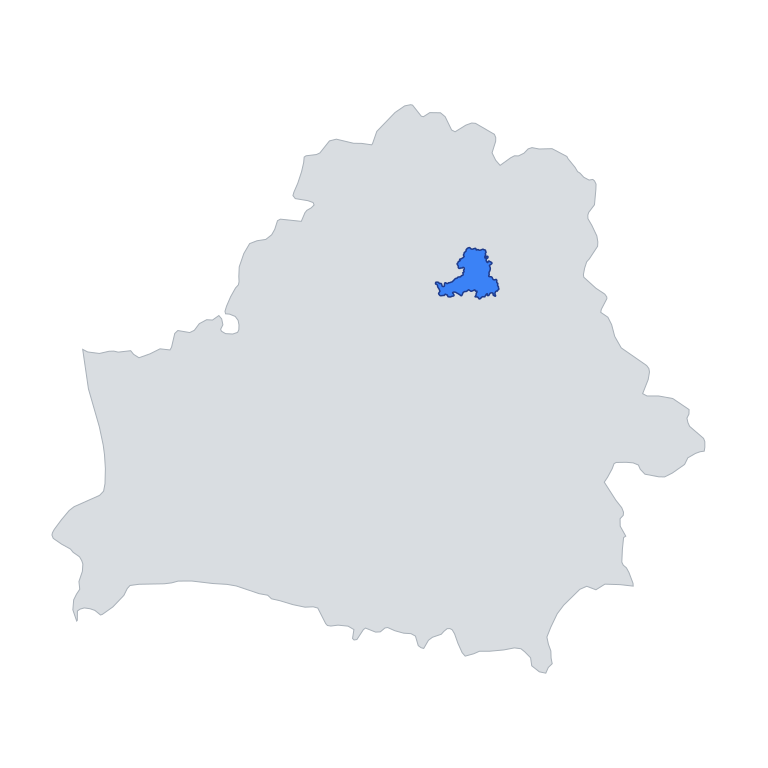 Chashniki, Vitebsk, Belarus (highlighted), rotated 3°
{"feature_id": "67162791B63587233546026", "entity_name": "Chashniki", "entity_type": "district", "adm_level": 2, "iso_a3": "BLR", "parent_name": "Belarus", "parent_adm1": "Vitebsk", "projection": "mercator", "projection_center": [29.143, 54.768], "detail": "fine", "context": "in_parent", "style": "filled", "palette": "blue", "viewbox_px": 768, "rotation_deg": 3, "n_neighbors": 0, "source": "geoboundaries", "source_scale": "gbopen_adm2", "svg_char_len": 9707}
<svg xmlns="http://www.w3.org/2000/svg" viewBox="0 0 768 768"><g transform="rotate(3 384 384)"><path d="M643.4,572.8L630.5,572.0L615.1,572.3L606.4,578.4L597.0,575.4L590.3,578.8L575.0,595.5L569.0,604.4L563.3,618.1L559.9,628.2L561.8,635.3L564.6,641.9L565.2,649.0L566.6,654.5L562.9,658.5L560.7,664.3L554.2,663.3L546.3,657.7L544.7,649.7L538.6,644.1L534.6,641.2L528.0,640.7L517.5,643.3L503.7,645.3L493.3,645.9L487.7,648.7L479.3,651.5L476.1,648.2L471.4,639.1L467.6,629.9L465.0,625.9L462.7,624.8L459.9,625.0L456.7,627.9L454.3,630.9L445.6,634.4L441.8,637.6L437.5,646.0L434.8,645.4L431.9,643.5L428.6,634.1L424.0,631.9L416.7,631.8L407.7,629.8L400.4,627.0L397.7,627.6L393.3,631.7L388.6,632.2L378.3,628.7L376.3,630.3L370.3,640.6L367.5,641.2L365.9,639.8L366.8,630.8L360.8,627.7L350.7,627.2L343.6,628.5L340.1,628.1L338.3,626.3L329.6,611.2L325.0,610.2L316.8,611.0L304.6,609.1L290.6,605.7L282.9,604.4L278.9,601.0L270.2,599.9L247.0,593.4L237.6,592.3L223.6,592.2L202.3,590.8L188.7,591.6L182.4,593.7L175.1,595.0L149.9,596.8L140.9,598.5L138.3,601.7L135.3,608.7L124.9,620.8L114.8,628.8L113.0,629.5L107.1,625.2L102.2,623.8L96.4,623.3L92.3,624.7L89.7,626.7L90.1,636.0L89.5,636.8L85.1,625.8L85.4,615.8L87.9,610.0L90.9,604.9L89.7,597.2L92.6,586.9L92.7,579.5L91.4,576.2L89.0,572.5L82.4,568.4L79.5,565.2L70.6,560.9L61.8,555.5L60.3,552.2L60.7,549.9L62.3,546.5L69.0,536.4L76.3,526.7L81.0,522.7L105.8,510.1L109.6,505.7L110.6,498.2L110.2,483.1L108.6,469.3L106.8,459.7L102.0,441.7L89.1,404.3L81.3,365.2L86.4,367.5L98.2,368.4L107.7,365.7L112.5,365.3L116.9,366.1L129.3,364.0L132.4,367.5L137.9,370.6L148.8,366.1L158.5,360.6L168.5,361.2L169.9,358.4L172.4,344.5L175.3,341.4L187.3,342.8L191.8,340.3L196.4,333.4L203.5,329.1L209.4,329.1L215.5,324.3L218.5,327.5L220.0,333.3L218.0,337.9L218.9,339.8L223.1,342.0L230.4,342.0L235.1,340.1L236.2,337.4L236.1,332.6L235.0,328.1L231.9,324.3L226.1,322.3L222.1,322.2L221.4,319.7L222.7,314.5L226.3,304.8L230.7,295.9L233.4,292.6L233.9,289.5L233.4,284.2L233.3,274.6L237.2,261.0L242.5,250.8L249.7,247.6L258.4,245.8L264.0,240.9L266.8,235.3L269.1,226.5L271.9,224.8L292.9,225.9L296.1,217.1L297.9,214.6L302.0,212.0L304.8,208.9L303.7,206.5L298.4,204.9L285.7,203.5L283.2,200.6L284.0,197.1L287.4,188.0L290.6,176.2L292.2,167.0L292.4,161.6L294.2,160.2L304.5,158.4L307.9,156.6L316.8,144.1L323.6,142.0L341.0,145.2L349.0,144.9L359.2,145.8L360.0,144.5L363.6,132.1L380.9,112.2L390.1,105.2L395.9,103.7L397.9,104.0L407.2,114.6L409.4,115.0L415.5,110.6L426.2,110.2L431.1,113.9L438.2,126.8L441.8,128.4L452.2,121.2L457.9,118.8L461.7,118.9L481.2,128.9L482.7,132.1L482.8,135.8L479.8,147.5L483.8,154.7L488.5,159.6L498.6,151.5L502.3,149.3L506.3,149.2L511.7,146.2L515.6,141.7L519.4,140.2L526.6,141.2L539.5,140.2L554.7,147.2L556.0,149.4L563.5,157.7L566.2,161.8L568.6,163.1L572.7,167.1L578.1,169.6L581.8,168.8L583.6,170.2L585.3,173.3L585.4,178.7L584.8,194.0L579.4,202.0L578.7,204.8L579.0,208.2L583.3,214.8L588.8,225.0L590.1,230.9L590.1,235.3L582.5,248.3L580.0,251.4L578.3,257.7L577.4,264.2L577.9,266.9L590.5,277.2L599.8,282.7L601.9,285.4L602.1,287.1L597.1,298.1L596.7,301.1L604.1,305.6L608.2,312.8L611.9,324.4L619.0,335.5L645.3,351.8L647.7,354.7L648.5,358.1L647.6,365.7L642.8,380.1L647.3,382.2L658.9,381.6L673.1,383.4L690.0,393.6L690.1,398.1L688.3,402.2L689.5,406.6L691.4,410.3L706.0,421.6L707.4,424.8L707.7,430.3L707.3,434.3L703.2,435.1L698.7,437.0L691.3,441.8L688.4,448.6L676.5,457.9L669.1,462.1L663.2,462.3L649.3,460.4L644.4,455.8L642.3,451.6L636.9,449.7L629.8,449.5L619.9,450.2L617.9,451.5L616.3,456.7L612.1,465.5L609.1,470.5L621.6,487.9L627.9,495.1L629.9,499.5L629.8,502.6L626.8,506.2L627.3,513.6L633.4,523.3L631.3,524.8L630.7,536.7L630.8,549.4L632.4,552.4L635.7,554.9L638.5,559.5L643.1,570.0L643.4,572.8Z" fill="#d9dde1" stroke="#a8b0b8" stroke-width="1"/><path d="M462.0,243.3L461.7,243.4L460.9,243.7L460.4,244.0L460.0,244.3L459.8,244.7L459.4,245.0L459.1,245.4L459.0,245.9L459.0,246.4L458.9,246.8L458.9,247.0L458.7,247.3L458.2,247.8L457.9,248.0L457.6,248.2L457.3,248.5L457.2,248.9L457.2,249.4L457.1,249.7L457.0,250.1L456.7,250.5L456.6,251.0L456.7,251.4L456.8,251.6L457.1,252.0L457.3,252.3L457.3,252.6L457.1,252.9L456.7,253.4L456.4,253.6L456.0,254.0L455.5,254.3L455.0,254.6L454.5,255.0L453.9,255.1L453.5,255.2L453.2,255.4L453.0,255.9L453.1,256.1L453.3,256.3L453.6,256.5L453.4,256.9L453.2,257.2L452.9,257.3L452.5,257.5L452.1,257.6L451.9,257.8L451.7,258.2L451.6,258.6L451.5,259.1L451.1,259.5L450.8,259.8L450.7,260.3L450.9,260.7L451.1,261.1L451.5,261.5L451.7,261.8L451.9,262.2L452.0,262.9L452.1,263.5L452.1,263.9L452.4,264.2L452.8,264.6L453.4,264.6L453.8,264.6L454.2,264.3L454.6,264.1L455.4,264.1L455.9,264.1L456.3,263.8L456.5,263.5L456.8,263.4L457.3,263.4L457.8,263.7L458.1,264.2L458.2,264.8L458.1,265.4L457.6,265.9L457.5,266.3L457.6,266.7L457.8,267.0L458.0,267.4L457.9,268.0L457.7,268.2L457.2,268.5L456.9,268.8L457.0,269.2L457.2,269.6L457.4,270.1L457.2,270.7L457.1,271.2L456.5,271.5L456.0,271.6L455.6,271.8L455.3,272.3L455.0,272.8L454.4,273.1L453.6,273.1L453.0,273.2L452.4,273.4L452.0,273.6L451.7,274.0L451.5,274.4L450.9,274.6L450.5,274.8L450.1,274.8L449.5,275.2L449.1,275.7L448.6,276.3L448.3,276.7L448.0,277.0L447.6,277.4L447.3,277.8L446.9,278.2L446.5,278.5L446.0,278.7L445.6,278.8L445.1,279.0L444.8,279.2L444.4,279.4L444.0,279.4L443.6,279.4L443.3,279.5L443.0,279.7L442.7,280.0L442.2,280.3L441.8,280.4L441.2,280.3L440.9,280.0L440.3,279.7L440.0,279.7L439.6,279.8L439.4,280.0L439.2,280.6L439.2,281.4L439.2,282.0L439.2,282.5L439.1,283.1L438.8,283.3L438.2,283.6L437.4,283.5L437.0,283.3L436.8,282.8L436.6,282.2L436.4,281.6L436.3,281.2L436.1,281.0L435.7,280.6L435.2,280.6L434.7,280.7L434.2,280.8L433.8,280.6L433.6,280.2L433.4,279.8L432.8,279.6L432.3,279.5L431.7,279.5L430.6,279.6L430.3,279.9L430.2,280.4L430.2,281.2L430.4,281.5L431.2,281.6L431.7,282.1L432.2,282.5L432.4,283.2L432.4,283.8L432.7,284.5L433.6,285.7L434.2,286.6L434.5,287.3L434.8,287.9L435.0,288.4L434.5,289.4L434.2,289.8L433.8,290.8L434.1,291.5L434.8,292.3L435.4,292.8L436.1,292.9L437.4,292.7L438.5,292.4L439.3,292.5L439.8,292.0L440.1,291.4L440.6,291.1L441.2,291.3L441.5,291.6L442.4,291.7L442.8,292.4L443.1,293.0L443.3,293.4L444.1,293.6L445.3,293.6L446.2,293.5L446.7,293.1L447.1,292.9L447.6,292.8L447.8,292.7L448.5,292.6L449.1,292.2L449.3,291.8L449.2,291.4L448.8,290.7L448.4,290.2L447.9,289.7L447.8,289.1L448.2,288.8L448.7,288.6L449.7,288.5L450.8,288.7L451.5,289.0L452.2,289.5L452.9,289.7L454.0,290.4L454.9,290.7L455.4,291.3L456.0,291.7L456.5,291.8L456.9,291.7L457.2,291.3L457.4,290.7L457.7,290.1L457.8,289.6L458.3,288.4L459.1,287.8L459.8,287.4L460.7,287.4L461.2,287.3L461.8,287.0L462.5,286.4L463.1,285.8L463.5,285.5L464.1,285.7L465.2,286.4L465.9,286.8L466.3,286.8L466.9,286.6L467.7,286.3L468.2,286.0L468.9,285.6L469.5,285.3L470.3,285.7L470.3,286.2L470.7,286.5L471.9,286.5L472.0,287.4L471.6,288.0L471.3,289.0L471.3,289.9L471.2,290.6L470.6,291.6L470.4,292.0L470.6,292.2L470.8,292.2L471.4,292.2L471.9,292.2L472.5,292.2L472.8,292.3L473.2,292.5L473.4,292.7L473.7,293.0L474.0,293.4L474.2,293.6L474.4,293.9L474.5,294.0L475.2,294.0L475.7,293.7L475.9,293.5L476.0,293.3L476.3,293.1L477.1,292.2L477.7,291.7L478.3,291.6L478.9,291.7L479.3,291.7L480.1,291.6L480.2,291.2L480.6,290.6L480.7,290.4L481.1,289.7L481.4,289.1L481.9,288.6L482.3,288.5L482.5,289.1L482.4,289.6L482.5,290.0L482.8,290.3L483.2,290.3L484.0,290.1L484.3,289.6L484.5,289.2L484.7,288.6L485.2,287.9L485.8,287.5L486.6,287.3L487.2,287.3L487.9,287.6L488.2,287.8L488.2,288.5L488.2,288.9L488.4,289.5L488.8,289.7L489.2,290.0L489.3,290.1L490.3,290.5L490.6,290.5L490.8,290.2L490.8,289.7L490.3,288.9L490.1,288.3L490.1,287.4L490.3,286.7L490.6,286.1L491.0,285.7L491.4,285.3L492.0,285.2L492.3,285.2L492.3,284.8L492.6,284.5L493.0,284.1L493.4,283.8L493.7,283.4L493.7,282.8L493.4,282.4L493.3,281.8L493.2,281.2L493.1,280.6L492.7,280.3L492.3,279.9L492.3,279.2L492.3,278.6L492.4,278.1L492.4,277.7L492.1,277.3L491.7,277.1L491.4,276.9L491.2,276.3L491.2,275.9L491.2,275.5L491.3,274.9L491.2,274.6L491.0,274.1L490.5,273.7L490.2,273.7L489.8,274.0L489.4,274.2L488.8,274.2L488.1,274.1L487.7,274.0L487.2,273.5L486.8,272.8L486.6,272.3L486.3,271.8L485.7,271.4L485.1,271.3L484.4,271.3L483.9,271.3L483.1,271.1L482.9,270.7L482.9,270.4L483.1,270.0L483.3,269.6L483.3,269.2L483.3,268.9L483.2,268.4L483.1,268.1L483.0,267.6L483.2,266.8L483.3,266.3L483.5,266.0L483.8,265.4L483.9,264.9L484.0,264.3L484.1,263.7L484.1,263.2L484.1,262.8L483.9,262.1L483.7,261.6L483.4,261.1L483.2,260.6L483.1,260.1L483.4,259.7L484.1,259.3L484.7,258.8L485.3,258.2L485.5,257.7L485.4,257.4L485.2,257.1L485.0,256.9L484.7,256.8L484.3,256.6L484.0,256.4L483.6,256.4L483.4,256.3L483.1,256.0L482.9,255.9L482.5,255.7L482.1,255.7L481.9,255.9L481.7,256.2L481.6,256.5L481.5,256.9L481.3,257.2L481.1,257.3L480.7,257.1L480.4,256.9L480.2,256.5L480.1,256.2L479.9,256.0L479.7,255.8L479.7,255.6L479.5,255.3L479.5,254.8L479.6,254.3L479.8,253.8L480.1,253.4L480.2,253.2L480.8,252.9L481.1,252.5L481.2,252.1L481.2,251.6L481.0,251.2L480.5,251.0L480.2,251.0L479.7,251.3L479.4,251.6L479.3,252.2L479.3,252.5L479.2,252.7L478.9,252.9L478.5,252.9L478.1,252.7L478.0,252.0L478.0,251.5L478.2,251.0L478.4,250.7L478.7,250.1L478.8,249.8L478.6,249.3L478.5,249.0L478.4,248.7L478.4,248.3L478.6,247.9L478.9,247.5L479.0,247.3L479.0,247.0L478.9,246.7L478.6,246.3L478.5,245.7L478.4,245.4L478.3,245.1L478.0,244.9L477.7,244.8L477.3,244.8L477.0,244.7L476.7,244.7L476.4,244.5L476.1,244.3L475.8,244.2L475.4,244.3L475.2,244.4L474.8,244.6L474.3,244.8L473.9,245.0L473.4,245.2L472.8,245.4L471.9,245.4L471.4,245.0L471.1,244.9L470.8,244.8L470.3,245.0L469.9,245.2L469.6,245.3L469.2,245.3L469.0,244.9L468.8,244.5L468.7,244.1L468.4,243.8L467.9,243.7L467.4,243.9L466.2,244.3L465.8,244.6L465.3,244.7L464.6,244.7L464.0,244.6L463.5,244.3L463.1,243.9L462.9,243.7L462.6,243.4L462.0,243.3Z" fill="#3b82f6" stroke="#1e3a8a" stroke-width="1.5"/></g></svg>